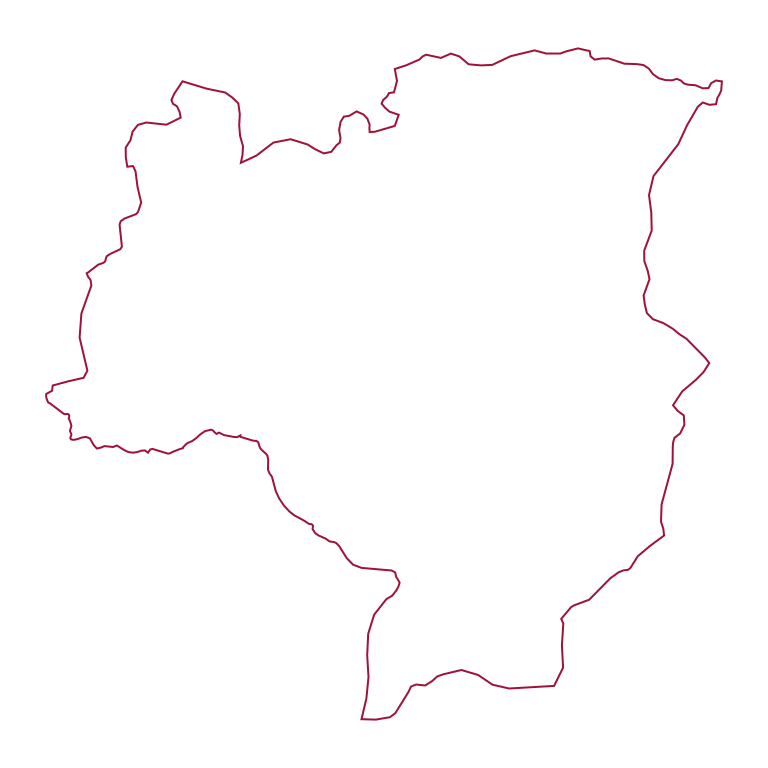 the border of Tabora
{"feature_id": "TZA-3359", "entity_name": "Tabora", "entity_type": "Region", "adm_level": 1, "iso_a3": "TZA", "parent_name": "United Republic of Tanzania", "parent_adm1": "", "projection": "orthographic", "projection_center": [32.512, -5.492], "detail": "fine", "context": "isolated", "style": "outline", "palette": "rose", "viewbox_px": 768, "rotation_deg": 0, "n_neighbors": 0, "source": "natural_earth", "source_scale": "10m", "svg_char_len": 3860}
<svg xmlns="http://www.w3.org/2000/svg" viewBox="0 0 768 768"><path d="M721.9,81.4L721.2,90.5L719.5,94.3L717.5,97.6L716.0,104.2L709.4,104.8L702.8,102.5L697.9,106.6L687.2,125.0L678.2,144.3L653.5,176.1L649.0,195.1L651.3,212.7L651.7,230.6L644.2,250.6L644.3,261.1L647.8,271.1L649.5,279.2L643.6,295.5L644.8,304.3L646.9,313.1L652.9,319.2L663.4,323.1L672.7,328.7L679.4,334.2L686.5,338.8L704.8,357.4L709.3,363.1L703.5,372.1L695.7,380.0L682.2,391.4L673.0,405.3L677.6,410.8L683.8,415.4L684.4,424.8L680.1,433.5L674.5,437.8L673.3,441.6L672.8,445.6L672.6,463.8L661.6,504.3L661.0,521.6L663.3,528.8L664.1,535.5L649.8,546.1L637.7,556.3L630.4,568.0L628.1,569.8L623.0,570.5L618.6,572.3L610.3,578.3L589.2,599.7L574.2,605.3L571.1,607.1L561.2,618.9L563.3,623.5L561.9,645.6L563.1,667.6L554.1,685.9L509.2,688.5L492.5,684.7L478.2,675.0L461.4,670.0L443.6,674.2L437.1,676.5L432.1,681.1L425.2,685.5L416.1,684.5L411.0,686.6L408.5,691.9L395.3,713.2L389.9,717.2L375.9,719.6L361.5,719.2L366.4,698.4L368.5,677.1L367.2,655.4L368.2,633.8L374.2,614.6L386.4,599.1L392.2,595.7L396.4,590.3L398.4,586.6L399.6,582.6L398.0,579.7L396.2,576.9L395.2,572.5L391.6,570.5L361.6,567.9L353.1,564.7L346.7,558.1L339.2,546.1L336.2,543.0L334.1,542.1L329.5,541.4L325.6,538.6L318.4,535.4L316.2,533.9L315.0,532.8L312.8,529.5L312.6,528.6L313.0,526.2L312.8,525.3L311.6,524.2L309.0,523.8L307.7,523.1L304.9,521.1L294.2,515.3L289.3,511.4L284.0,505.6L279.2,498.5L275.7,490.9L272.0,476.9L269.4,473.2L268.0,469.7L268.2,459.5L267.3,455.4L265.8,453.6L261.9,450.1L260.2,448.2L259.4,446.2L258.8,443.9L258.0,441.9L256.7,441.1L252.4,440.5L240.4,436.8L240.4,435.4L237.2,437.1L233.6,436.9L224.0,435.1L219.1,432.6L218.3,432.8L217.6,433.5L216.7,433.9L215.5,433.2L213.5,431.1L212.4,430.1L211.2,429.7L205.1,431.1L200.5,434.2L196.5,437.9L192.1,441.1L187.9,442.9L186.3,444.0L184.1,446.2L182.9,447.6L182.8,448.3L180.2,448.9L172.4,452.0L170.1,453.3L167.9,453.6L152.5,448.9L150.2,449.5L148.0,452.7L144.9,450.4L141.4,450.7L137.4,452.0L133.2,452.7L128.6,452.1L124.6,450.3L116.9,445.5L113.1,447.0L104.5,446.1L100.6,447.7L96.9,448.5L93.9,445.4L89.9,438.3L85.8,436.9L81.6,437.6L77.5,439.1L73.5,439.9L70.8,439.3L70.3,437.9L71.4,434.9L71.2,433.7L70.2,431.7L70.0,430.6L71.4,425.9L70.5,422.4L69.7,420.4L68.7,418.6L69.2,417.1L69.3,415.7L68.6,414.4L67.7,414.0L64.8,414.2L63.6,413.7L49.8,403.2L48.9,402.9L48.1,402.3L46.7,398.9L46.1,396.5L46.2,394.0L52.1,390.7L52.7,385.5L68.7,381.2L83.6,377.8L87.4,370.6L79.6,337.6L81.4,313.5L91.4,285.4L90.5,279.9L88.0,276.6L86.7,273.2L88.0,272.5L98.3,264.6L103.0,263.0L104.5,262.1L105.4,260.6L106.2,257.4L107.0,256.0L110.7,253.7L120.3,249.2L121.9,246.6L119.6,224.8L120.7,221.2L124.6,218.5L136.1,214.1L138.0,212.0L141.2,202.6L137.5,186.8L135.5,171.2L133.0,166.1L127.3,166.7L125.8,157.3L125.7,147.6L130.4,140.3L132.6,131.6L137.9,124.9L146.3,122.5L166.4,124.7L180.7,117.6L179.5,111.7L177.0,106.3L173.0,103.8L171.4,100.0L174.3,93.7L182.5,81.3L206.8,88.7L225.2,92.5L232.2,97.5L238.3,103.3L239.8,114.0L239.2,125.3L240.1,136.0L243.0,146.3L242.5,154.9L240.9,162.8L256.4,155.6L273.4,142.6L290.6,139.2L307.6,144.5L315.5,149.4L323.8,153.4L331.3,151.8L336.6,145.1L339.8,142.6L340.5,138.1L339.1,130.2L340.5,122.0L343.8,116.7L349.3,115.8L356.6,111.4L363.5,114.5L367.4,118.7L369.6,124.6L369.4,128.5L369.7,132.0L374.7,131.8L394.8,125.9L398.7,114.8L389.4,111.6L385.2,107.9L381.6,103.7L383.1,100.0L386.7,96.9L389.0,93.1L394.0,92.3L397.0,80.9L394.8,69.0L406.2,65.3L419.5,59.5L422.5,56.5L426.1,54.7L440.9,57.9L450.9,53.6L459.3,56.4L468.7,64.3L481.1,65.4L492.2,64.9L510.6,56.2L534.6,50.4L546.2,53.5L560.3,53.5L566.1,51.4L578.0,48.4L589.7,51.1L590.6,56.4L594.7,59.6L601.6,58.5L608.7,58.4L624.3,63.7L636.7,64.1L643.3,65.0L648.8,68.5L653.0,74.2L658.7,78.2L665.5,80.1L672.1,80.3L676.8,78.9L680.8,80.5L684.0,83.5L688.2,84.7L695.7,85.3L702.7,88.3L708.5,88.1L711.2,83.1L716.0,80.5L721.9,81.4Z" fill="none" stroke="#9f1239" stroke-width="2"/></svg>